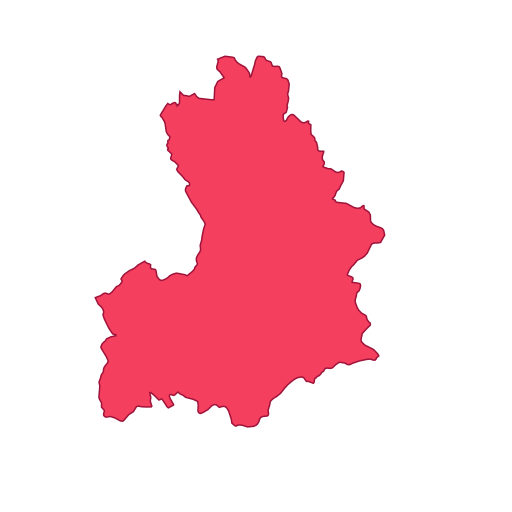 the district of Than Uyen, Lào Cai, Vietnam, rotated 195°
{"feature_id": "81297802B70449859021509", "entity_name": "Than Uyen", "entity_type": "district", "adm_level": 2, "iso_a3": "VNM", "parent_name": "Vietnam", "parent_adm1": "Lào Cai", "projection": "mercator", "projection_center": [103.85, 21.883], "detail": "fine", "context": "isolated", "style": "filled", "palette": "rose", "viewbox_px": 512, "rotation_deg": 195, "n_neighbors": 0, "source": "geoboundaries", "source_scale": "gbopen_adm2", "svg_char_len": 6102}
<svg xmlns="http://www.w3.org/2000/svg" viewBox="0 0 512 512"><g transform="rotate(195 256 256)"><path d="M400.5,174.2L396.0,168.8L391.8,166.5L390.5,165.4L388.8,163.1L388.6,161.9L388.6,159.8L388.3,159.1L386.2,155.9L379.4,148.1L374.6,143.9L374.0,143.6L371.0,143.6L370.8,143.3L370.8,142.7L375.3,140.3L378.9,137.3L379.5,135.1L381.0,133.0L382.0,130.9L382.3,127.9L381.5,126.7L374.5,120.0L372.0,116.9L371.6,115.7L371.7,114.3L373.1,111.4L373.9,108.9L374.0,107.5L373.5,104.7L374.7,100.8L374.6,97.9L375.0,93.5L373.2,90.0L371.2,78.9L370.2,77.3L367.1,74.0L366.1,70.0L362.8,67.8L362.3,66.8L362.4,64.7L362.1,63.1L361.6,62.4L360.7,61.8L359.1,61.5L357.3,62.4L354.8,63.3L350.0,63.0L344.2,61.6L341.9,62.0L341.0,63.2L337.8,69.9L334.1,74.0L332.4,79.7L330.9,80.5L327.4,80.8L322.8,81.8L318.0,83.2L317.8,84.1L320.5,88.3L321.1,92.4L323.3,96.4L323.0,96.8L322.0,96.7L318.1,95.0L312.6,91.8L311.7,92.2L310.6,93.4L309.6,93.4L302.7,87.2L301.4,86.6L297.1,90.6L297.1,91.1L301.9,96.0L303.3,97.8L303.5,99.2L302.6,100.2L299.6,100.0L299.0,100.3L298.0,101.5L296.4,104.3L293.4,103.1L290.5,102.6L287.4,101.3L279.6,101.3L275.5,100.6L274.7,100.2L273.3,97.4L272.0,91.3L271.2,90.2L270.0,89.5L269.0,89.5L268.4,89.8L266.4,91.4L262.6,95.3L260.1,99.7L258.7,101.1L257.4,101.8L255.8,102.0L252.3,100.3L249.4,102.0L248.0,102.5L246.4,102.4L244.6,101.4L242.1,98.9L237.5,91.8L236.2,88.5L235.3,87.9L232.4,86.6L231.3,86.5L230.0,87.8L228.0,88.6L224.8,89.0L219.9,88.7L214.1,90.9L212.0,92.7L211.2,93.9L210.5,96.1L210.2,99.9L209.6,101.3L208.0,102.7L203.7,104.4L203.0,105.5L203.0,106.8L204.0,109.2L204.4,110.8L204.2,116.0L204.5,118.6L204.5,119.2L203.4,121.4L201.7,123.7L199.8,125.5L196.7,129.8L194.0,136.1L191.6,140.6L187.7,146.0L185.8,148.0L184.1,149.4L181.2,150.8L178.6,151.0L175.4,148.3L174.7,148.0L172.8,148.4L167.6,147.9L167.2,149.1L167.6,153.0L166.4,153.9L165.7,155.5L164.1,156.7L163.0,158.6L162.2,161.0L161.1,161.8L160.1,165.3L158.2,166.2L155.3,166.6L153.3,167.7L151.0,171.5L148.9,174.0L147.5,175.1L141.9,175.6L140.3,174.9L138.8,174.9L137.2,175.4L134.8,177.5L128.8,181.5L122.0,184.9L119.0,186.0L115.8,185.8L114.1,186.2L113.3,187.6L113.3,188.7L111.5,191.3L113.0,192.9L117.5,195.7L119.5,196.4L127.4,198.0L130.1,199.3L132.4,201.0L133.0,203.0L133.3,208.6L130.5,214.1L128.0,218.3L127.7,219.3L127.9,219.8L128.7,221.1L130.2,221.6L132.4,223.6L133.9,226.4L134.6,227.0L139.2,228.1L142.8,230.3L145.1,232.6L148.3,237.3L148.9,240.1L148.7,242.4L149.1,246.6L147.5,248.9L147.1,251.6L147.3,254.5L148.0,255.8L148.4,256.1L150.0,256.2L154.9,255.7L156.2,255.3L156.6,256.1L156.3,258.9L157.0,260.2L158.9,260.7L162.2,261.0L162.9,261.6L163.0,262.3L162.5,264.6L162.3,266.5L160.9,270.5L159.5,272.6L157.0,278.1L153.1,281.6L151.3,283.6L149.3,287.6L147.4,297.5L146.0,298.6L144.1,299.5L141.8,300.1L139.2,301.3L137.1,309.5L139.3,313.7L140.9,315.1L143.4,315.6L148.1,316.0L150.9,316.8L153.2,318.2L154.2,319.1L154.6,320.0L156.1,325.2L158.5,327.7L163.4,329.3L163.9,329.8L164.7,332.5L165.0,332.6L166.1,331.9L167.4,329.7L169.8,328.5L170.9,328.3L173.8,328.2L182.3,330.2L191.7,328.8L193.1,329.1L193.9,330.4L196.6,330.7L197.0,331.4L196.1,332.7L195.3,334.8L195.1,338.2L194.7,339.8L193.0,342.1L192.4,345.8L191.1,351.3L192.6,359.6L194.1,360.2L195.4,360.3L196.7,358.9L198.3,358.0L199.4,357.7L201.2,357.9L206.2,359.6L207.0,359.6L208.2,359.0L214.0,359.4L214.3,359.7L214.4,360.6L213.9,362.8L214.4,364.5L216.7,366.3L217.6,368.5L217.7,370.5L217.5,373.8L217.7,374.7L221.6,373.7L222.4,373.8L224.0,374.6L224.4,376.6L227.1,381.7L228.3,382.3L229.0,382.9L229.8,385.1L231.2,386.2L234.2,387.7L235.6,391.3L237.0,397.0L239.7,397.7L240.0,399.8L240.9,399.8L243.0,397.7L244.6,396.9L245.4,396.9L247.3,397.2L256.0,402.0L257.8,402.1L259.2,401.1L260.5,399.4L261.0,398.3L261.8,394.9L262.7,393.7L263.1,393.4L264.3,394.0L265.7,397.1L266.3,400.0L264.0,402.6L264.0,407.8L264.9,409.1L265.0,414.4L265.5,417.4L266.9,419.5L267.4,420.9L267.3,423.8L268.4,430.6L270.7,434.2L272.4,435.2L275.5,435.1L276.9,435.2L277.5,435.7L278.0,436.5L278.1,438.7L281.1,443.3L282.3,444.6L282.7,444.9L284.4,444.8L287.9,443.7L289.5,444.0L291.4,446.7L292.3,447.4L295.1,447.5L296.9,447.9L297.5,448.2L299.1,450.1L300.4,450.5L305.4,449.6L306.4,448.5L307.1,444.3L306.9,440.8L307.3,428.8L307.5,427.8L308.0,427.3L308.5,428.1L309.2,430.1L310.3,431.5L314.4,435.0L315.9,435.7L322.4,437.3L324.5,438.3L326.7,439.8L328.0,441.5L328.6,441.9L330.5,441.9L337.7,440.9L344.1,436.1L342.9,434.7L342.9,428.4L342.2,426.8L341.7,426.2L338.5,424.6L332.9,419.9L338.1,414.7L339.4,408.0L336.9,396.1L340.0,395.3L352.0,393.5L354.8,394.8L357.4,397.0L361.7,392.9L365.3,392.8L367.2,392.4L368.4,392.8L371.9,395.0L371.5,391.7L369.5,383.9L369.9,382.4L370.9,380.7L371.3,382.0L372.3,381.8L373.3,383.2L374.3,383.2L376.1,382.0L376.7,381.4L377.2,380.4L377.7,380.1L379.5,380.0L380.7,380.5L382.0,377.3L384.9,367.3L384.4,366.5L382.7,365.5L379.3,362.2L378.0,360.2L374.8,352.8L372.7,350.5L370.0,348.9L369.9,345.9L370.9,344.9L371.0,344.2L370.3,342.3L370.9,340.7L370.8,339.9L370.0,338.6L368.6,337.7L368.5,337.2L369.0,336.4L368.8,335.5L363.8,332.7L363.6,331.6L363.8,328.8L363.4,327.6L362.8,327.1L361.5,326.6L358.9,326.0L354.4,323.3L354.3,322.7L355.1,319.1L353.1,317.1L348.3,314.3L344.3,311.4L340.3,310.0L339.3,309.4L338.6,307.7L338.6,306.7L340.6,306.1L341.0,305.6L341.4,303.3L341.3,301.5L340.6,300.1L332.2,291.2L325.5,285.9L323.0,283.4L320.3,281.1L319.1,279.2L314.8,275.6L313.3,273.6L313.6,268.4L313.2,261.7L312.6,257.4L312.7,252.0L311.1,247.6L311.3,245.5L312.5,242.0L313.1,238.9L312.5,236.3L310.6,233.3L310.5,232.7L312.1,229.2L312.1,227.2L312.4,226.6L313.7,224.2L317.4,219.1L319.6,219.5L324.7,219.2L328.1,218.9L328.9,218.6L331.7,216.9L334.2,214.6L335.5,212.4L337.5,210.2L339.9,208.4L340.9,208.0L342.4,208.0L343.7,208.6L346.3,210.6L348.7,215.7L349.4,216.7L350.2,217.0L353.4,216.6L354.1,216.8L355.0,217.7L355.5,220.3L357.0,220.8L359.0,220.8L360.5,221.2L361.4,221.5L362.1,222.2L367.6,216.8L370.3,212.7L374.6,209.0L378.1,204.7L379.1,203.0L380.4,199.3L380.3,198.6L378.9,197.3L378.9,196.1L379.4,194.7L380.3,192.7L381.1,191.6L382.5,190.7L383.3,189.5L385.6,184.2L387.6,181.5L388.1,181.0L391.5,181.2L393.0,180.7L394.0,179.8L395.8,177.5L400.5,174.2Z" fill="#f43f5e" stroke="#9f1239" stroke-width="1.5"/></g></svg>